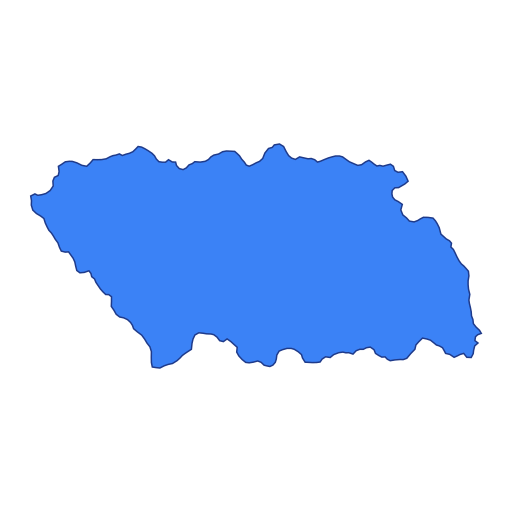 Candeias, Minas Gerais, Brazil
{"feature_id": "56859067B9818430918024", "entity_name": "Candeias", "entity_type": "district", "adm_level": 2, "iso_a3": "BRA", "parent_name": "Brazil", "parent_adm1": "Minas Gerais", "projection": "robinson", "projection_center": [-45.275, -20.749], "detail": "fine", "context": "isolated", "style": "filled", "palette": "blue", "viewbox_px": 512, "rotation_deg": 0, "n_neighbors": 0, "source": "geoboundaries", "source_scale": "gbopen_adm2", "svg_char_len": 4028}
<svg xmlns="http://www.w3.org/2000/svg" viewBox="0 0 512 512"><path d="M279.5,144.0L274.3,144.9L272.3,147.4L268.5,148.5L264.9,153.0L262.7,158.5L259.5,161.4L256.2,162.8L252.7,164.7L249.2,166.2L246.3,165.1L244.4,162.2L241.7,159.2L239.5,155.8L237.1,153.5L234.7,151.4L231.0,151.2L226.4,151.0L222.6,151.7L218.6,154.0L213.8,155.1L210.9,156.9L208.5,159.5L205.3,161.3L200.3,162.1L194.8,161.7L192.3,163.6L189.0,164.9L186.3,167.9L183.1,169.6L179.3,168.6L176.5,165.5L175.6,162.1L172.3,162.0L168.5,159.7L165.5,162.2L162.3,162.2L158.9,161.7L156.3,159.0L154.5,155.8L152.0,153.3L148.0,150.6L144.8,148.7L141.6,147.1L138.1,146.5L135.7,149.0L132.9,151.7L129.4,153.3L125.9,154.2L122.3,155.5L119.4,153.9L115.9,155.1L113.0,155.6L110.2,156.7L106.2,158.8L101.6,159.6L97.2,159.7L93.1,159.6L90.2,163.0L86.7,166.3L81.8,165.3L77.0,162.9L72.4,161.4L69.4,161.3L65.3,161.8L61.5,164.4L58.4,166.3L59.1,171.6L58.2,175.5L54.4,177.3L52.9,181.0L53.2,186.0L50.2,190.5L45.9,193.5L41.6,194.7L37.8,195.3L34.9,193.9L30.7,196.0L31.5,200.7L31.3,205.1L32.8,210.1L36.4,213.5L40.6,216.0L43.9,218.5L45.3,223.0L47.1,226.9L48.9,230.3L51.4,233.0L53.2,235.7L55.3,239.3L57.9,242.8L59.5,247.4L61.3,251.1L65.2,252.1L68.6,251.9L70.6,254.7L73.1,258.2L74.8,261.9L75.7,266.2L76.8,270.5L79.9,272.8L84.3,272.4L88.9,270.8L90.9,273.4L91.7,276.7L94.5,278.9L95.9,282.3L97.9,285.3L100.5,289.1L103.0,291.9L105.7,294.5L108.7,294.6L111.5,296.7L111.5,301.5L111.3,306.4L113.9,310.2L116.2,314.3L119.7,317.0L123.6,317.8L127.5,319.6L130.6,322.5L132.4,325.3L133.6,328.7L137.4,331.9L141.7,335.1L144.7,339.2L147.0,343.1L149.9,346.8L151.4,351.6L151.3,357.3L151.4,362.5L152.3,367.0L156.1,367.6L159.9,368.0L164.2,365.8L168.2,364.4L172.5,363.5L177.0,360.7L180.0,358.0L182.3,355.5L184.7,353.7L187.5,351.8L191.4,349.3L192.0,343.4L193.0,339.1L194.9,335.0L198.8,332.8L202.8,333.2L206.4,333.8L211.1,334.0L213.8,334.7L217.0,337.1L219.7,340.7L223.4,341.6L227.1,338.9L230.9,341.6L233.6,344.1L237.2,347.3L236.7,352.1L238.8,355.9L242.1,359.5L245.7,362.4L249.2,362.8L253.1,362.2L257.7,361.0L261.1,362.3L264.1,365.2L266.9,365.9L269.9,366.5L272.9,365.1L275.3,362.3L276.3,359.1L276.8,355.1L279.1,351.1L282.4,349.7L287.0,348.4L291.2,348.4L294.3,349.3L298.3,351.8L301.5,354.6L302.5,358.0L305.1,362.2L309.1,362.4L312.4,362.6L316.6,362.5L320.1,362.0L322.1,359.1L325.6,356.8L330.2,357.5L333.7,354.6L338.7,352.7L342.9,352.1L345.8,352.8L348.8,352.7L353.0,354.1L356.2,350.7L359.8,349.3L363.3,349.3L366.5,347.7L370.3,347.1L374.0,349.7L375.5,353.4L378.6,355.4L381.8,357.1L385.1,356.9L387.3,359.2L390.2,360.7L395.0,359.9L400.1,359.5L403.2,359.6L406.8,358.3L410.7,353.6L414.9,349.3L415.9,345.0L418.7,341.8L422.5,338.1L426.9,339.0L430.5,340.2L434.0,343.0L436.4,345.0L439.3,345.9L442.5,347.7L444.1,350.5L445.6,353.4L449.8,354.4L454.1,357.3L457.3,355.9L460.0,354.5L463.7,353.4L466.8,357.3L471.2,357.5L473.2,353.7L473.6,350.4L474.7,345.9L478.0,343.0L474.9,340.6L475.5,336.7L477.7,334.7L481.3,333.4L479.5,330.3L476.1,327.1L473.4,323.7L472.9,319.5L471.5,315.9L471.2,311.8L470.4,307.6L469.4,303.5L468.9,300.1L469.8,294.4L468.5,289.1L468.1,284.6L468.1,280.8L468.9,275.9L468.4,271.2L465.9,268.3L463.8,266.0L461.3,263.9L459.0,260.7L456.9,256.8L455.1,252.9L453.4,249.5L450.9,247.0L451.5,243.2L449.5,240.8L446.2,238.9L443.8,236.7L440.9,234.1L439.2,227.7L437.1,223.5L435.4,220.8L433.0,218.1L428.0,217.4L423.4,217.3L420.3,218.9L417.8,220.5L414.1,221.9L409.4,221.1L406.5,217.9L402.8,214.9L400.8,209.9L402.3,204.4L398.3,201.6L394.8,199.8L392.6,197.1L391.9,193.9L392.2,190.5L394.8,187.8L398.6,187.6L401.7,185.8L404.8,184.0L408.1,181.2L405.9,176.2L402.5,171.7L398.0,172.3L394.7,170.5L393.4,166.3L390.4,164.2L386.9,165.1L383.0,166.2L379.8,165.4L376.9,166.0L374.2,164.2L371.6,162.1L369.0,160.3L365.5,161.9L361.6,164.7L357.8,165.4L354.5,164.0L349.4,161.8L346.3,159.6L342.6,156.9L339.5,156.0L335.5,156.0L331.9,156.9L328.5,157.9L324.2,159.6L320.5,161.2L317.5,162.1L314.7,159.7L311.2,158.5L308.1,158.8L304.4,158.0L299.6,156.9L295.4,159.4L291.6,158.1L288.6,155.6L286.1,151.5L283.6,146.5L279.5,144.0Z" fill="#3b82f6" stroke="#1e3a8a" stroke-width="1.5"/></svg>